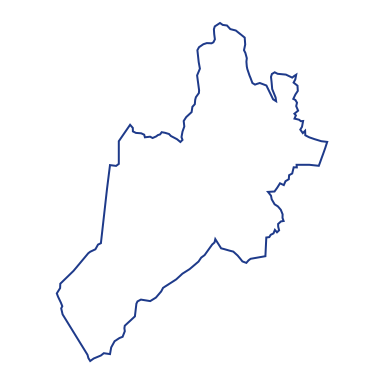 Osório, Rio Grande do Sul, Brazil (Equal Earth projection)
{"feature_id": "56859067B2511379563152", "entity_name": "Osório", "entity_type": "district", "adm_level": 2, "iso_a3": "BRA", "parent_name": "Brazil", "parent_adm1": "Rio Grande do Sul", "projection": "equal_earth", "projection_center": [-50.227, -29.915], "detail": "fine", "context": "isolated", "style": "outline", "palette": "blue", "viewbox_px": 384, "rotation_deg": 0, "n_neighbors": 0, "source": "geoboundaries", "source_scale": "gbopen_adm2", "svg_char_len": 2527}
<svg xmlns="http://www.w3.org/2000/svg" viewBox="0 0 384 384"><path d="M122.6,336.8L124.8,331.2L124.4,328.2L124.8,325.7L134.9,316.4L136.4,303.7L137.5,301.4L140.9,299.6L150.2,301.1L155.9,297.6L161.2,291.4L163.1,287.8L176.2,279.4L182.4,273.7L189.5,269.2L198.5,261.6L201.2,257.6L204.6,255.1L212.2,244.5L214.5,242.5L215.3,239.1L221.1,248.3L223.8,249.0L229.4,250.6L233.3,251.6L237.6,255.5L240.1,258.5L242.4,261.4L246.3,262.9L248.6,260.3L250.6,258.8L265.4,256.2L266.3,237.5L269.3,237.1L270.7,234.8L273.5,233.4L274.9,229.9L277.0,232.3L279.1,230.3L278.2,226.7L278.1,224.0L281.0,221.4L283.6,221.0L282.5,217.9L282.6,214.3L280.8,209.8L277.9,206.4L274.6,204.3L271.7,199.3L271.0,195.7L268.0,191.9L274.5,191.5L277.3,187.6L280.0,183.3L283.8,185.1L285.5,181.2L288.8,179.2L289.1,175.2L292.2,173.5L293.7,167.3L296.8,167.4L296.6,164.8L300.3,164.8L303.8,164.8L306.0,164.8L309.4,164.8L318.8,165.8L320.1,162.3L321.7,157.8L323.0,154.3L325.3,147.8L327.2,141.9L321.3,141.2L319.0,140.5L314.4,139.1L309.2,137.3L305.3,135.3L305.1,130.8L302.8,133.1L300.3,129.6L302.0,126.8L303.1,121.0L300.9,121.2L299.0,119.7L294.5,118.6L295.9,115.4L294.4,113.7L298.1,110.7L296.2,106.1L297.0,102.7L295.4,100.0L293.3,98.9L295.4,94.5L297.8,90.9L297.5,85.7L293.6,82.6L295.3,79.4L296.2,74.7L294.2,76.0L292.2,77.6L285.9,74.6L277.6,73.8L274.7,72.3L271.9,74.0L271.0,76.9L271.6,82.3L272.2,89.1L275.6,97.5L276.1,101.2L273.1,99.3L266.4,85.5L259.8,83.0L257.2,83.8L255.0,84.6L252.4,83.0L250.5,77.9L249.5,75.5L247.3,69.0L246.8,66.5L246.4,61.7L246.8,58.2L245.4,53.0L244.0,50.2L245.2,44.5L244.7,37.6L235.8,30.5L230.3,29.1L227.0,25.5L222.7,24.9L220.0,23.0L214.8,26.4L213.9,29.2L214.2,34.0L214.9,39.3L213.4,42.3L211.6,43.3L206.8,43.1L203.4,44.2L199.0,47.2L197.4,50.2L198.7,62.1L199.9,68.7L197.1,75.4L199.1,90.3L198.9,93.0L195.9,97.2L195.2,99.8L194.8,104.2L192.4,106.8L191.6,112.1L186.2,117.1L183.7,121.0L184.3,126.5L182.5,131.6L182.0,134.3L181.5,137.1L182.5,139.9L180.4,142.0L177.0,139.2L170.9,136.0L169.0,134.0L165.0,132.8L161.7,132.2L160.1,134.4L157.9,135.1L156.2,136.4L152.6,138.0L150.1,136.7L144.9,137.3L144.2,134.7L141.2,133.3L135.9,132.9L132.9,131.4L132.8,127.9L130.1,124.8L118.8,141.2L118.8,149.6L118.8,163.9L116.1,165.9L110.0,165.1L107.0,189.0L100.9,243.2L98.0,244.6L95.4,249.3L90.3,251.7L88.3,253.2L73.5,270.9L60.3,283.7L60.1,288.1L56.8,293.4L58.0,296.6L60.9,302.7L62.3,306.2L61.2,308.4L62.6,314.4L87.5,354.8L88.4,358.1L90.2,361.0L93.7,358.5L100.9,355.5L103.8,353.2L110.0,354.1L111.2,347.4L114.6,341.2L119.5,338.0L122.6,336.8Z" fill="none" stroke="#1e3a8a" stroke-width="2"/></svg>